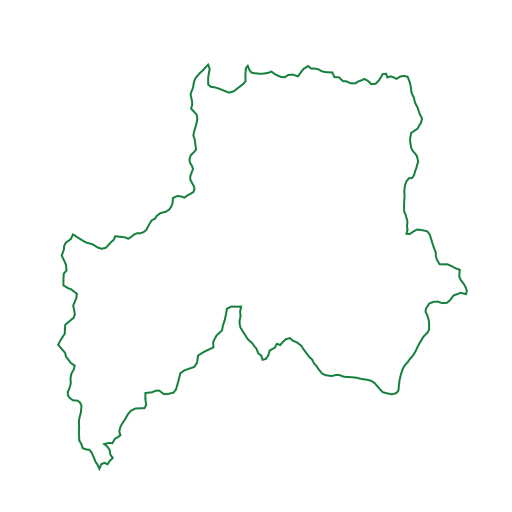 the district of Paraguaçu Paulista, São Paulo, Brazil, rotated 354°
{"feature_id": "56859067B14677610330321", "entity_name": "Paraguaçu Paulista", "entity_type": "district", "adm_level": 2, "iso_a3": "BRA", "parent_name": "Brazil", "parent_adm1": "São Paulo", "projection": "robinson", "projection_center": [-50.638, -22.465], "detail": "fine", "context": "isolated", "style": "outline", "palette": "green", "viewbox_px": 512, "rotation_deg": 354, "n_neighbors": 0, "source": "geoboundaries", "source_scale": "gbopen_adm2", "svg_char_len": 4819}
<svg xmlns="http://www.w3.org/2000/svg" viewBox="0 0 512 512"><g transform="rotate(354 256 256)"><path d="M429.0,249.4L426.0,248.3L422.0,247.2L418.9,246.5L415.5,247.9L411.1,250.2L407.9,249.6L409.5,245.7L409.2,241.7L410.2,238.3L409.8,234.7L409.1,230.4L408.0,227.4L408.3,223.3L409.2,216.5L410.1,211.5L410.2,207.1L411.5,201.6L413.2,197.8L416.2,194.6L419.3,194.8L421.5,192.4L423.2,188.1L424.8,185.0L425.8,182.0L427.2,179.2L426.5,173.4L424.6,170.2L422.9,167.9L421.7,164.7L421.3,160.3L421.4,155.9L423.2,149.8L427.4,147.6L429.9,146.3L431.9,143.5L434.1,140.6L435.5,136.5L433.6,131.6L432.2,125.4L430.1,119.9L429.6,115.3L427.7,109.7L427.6,103.5L427.0,98.9L425.5,93.6L421.9,92.4L418.5,92.5L414.3,94.5L411.3,92.6L408.6,91.4L405.4,92.2L404.3,88.3L400.8,88.5L398.4,92.0L396.4,94.4L393.0,97.2L388.6,97.1L386.2,94.1L382.6,91.3L378.9,92.4L375.6,93.2L373.0,94.7L368.0,94.1L364.1,91.7L360.8,91.2L357.1,86.9L352.7,86.3L351.0,81.4L345.2,80.6L341.1,79.4L337.6,76.9L333.9,75.7L330.3,75.3L327.7,72.5L322.7,75.0L319.4,78.5L316.5,81.7L311.4,79.4L306.8,79.4L303.3,81.2L299.7,80.6L296.4,78.8L293.9,77.2L290.6,74.2L286.9,75.2L283.1,75.4L279.9,75.3L277.2,74.8L273.3,74.0L270.5,73.0L268.9,70.3L267.7,66.0L265.6,68.1L264.4,74.2L263.9,80.9L261.3,83.6L258.8,85.1L255.2,87.3L250.8,90.0L246.3,90.7L241.9,88.5L236.7,85.7L232.5,83.9L229.0,83.1L226.4,80.6L226.7,76.7L227.2,73.1L228.3,69.1L229.5,65.2L228.4,60.7L225.2,63.4L222.9,65.6L219.2,68.3L216.2,71.0L213.7,73.8L212.0,78.0L211.2,81.5L209.5,84.8L207.8,88.3L208.2,91.8L208.5,95.1L208.5,98.3L206.9,102.7L209.2,105.7L211.7,109.2L212.1,112.7L211.2,116.3L210.1,119.4L208.6,123.0L207.2,126.4L206.3,129.9L207.3,133.8L207.4,139.5L207.5,143.9L204.7,146.6L201.6,149.0L199.9,153.0L200.1,156.4L201.6,159.4L202.5,162.8L200.6,166.5L198.9,169.9L198.7,173.4L200.0,176.7L201.3,179.6L201.9,182.9L200.6,185.7L197.2,187.4L194.0,188.6L190.9,190.5L188.4,189.2L184.4,188.1L179.5,189.6L178.4,195.2L176.8,198.2L174.3,200.9L171.5,202.4L165.1,203.5L161.3,205.9L159.5,208.3L156.1,209.6L153.6,212.7L151.6,215.6L149.4,218.8L146.5,220.6L143.3,221.3L140.2,220.9L137.0,221.9L134.2,223.8L130.7,225.5L128.3,224.0L124.4,223.0L118.1,221.6L116.4,224.8L112.7,227.6L107.6,232.1L103.3,232.7L99.5,231.0L94.7,227.3L88.4,224.8L85.1,222.4L82.1,220.1L79.1,217.7L76.2,215.4L73.8,219.6L68.2,223.0L66.2,226.0L65.7,229.3L62.8,235.3L64.8,240.8L66.1,245.0L66.1,250.6L63.0,253.4L62.1,258.7L61.4,265.1L65.9,268.5L68.5,269.7L73.9,274.8L73.0,278.9L70.7,283.1L69.0,286.3L69.4,290.0L69.8,294.9L68.1,298.5L65.2,300.3L59.1,304.5L58.2,309.3L57.7,313.3L52.7,319.4L50.0,323.6L53.0,328.1L56.0,332.3L56.5,336.2L58.3,339.1L60.7,343.1L64.2,346.0L63.1,349.5L60.2,353.6L58.8,358.0L58.4,363.5L56.8,367.8L54.6,371.6L54.4,375.0L56.0,377.8L58.9,380.4L63.4,381.2L65.6,383.2L66.8,386.7L65.5,393.2L63.6,398.2L62.7,401.2L62.1,408.9L61.4,412.7L61.3,416.7L60.9,420.9L62.7,424.9L63.5,429.0L67.1,430.7L70.1,431.3L72.2,434.8L73.8,440.0L75.0,444.1L76.5,446.9L78.0,451.3L80.3,446.9L83.6,445.9L86.6,447.6L88.9,444.7L92.4,441.9L90.4,438.3L90.2,433.8L88.2,429.9L85.4,427.2L89.8,426.5L93.6,427.2L96.5,423.1L99.6,421.7L102.4,420.1L101.7,416.2L103.3,411.7L105.0,409.3L109.0,404.3L112.1,399.9L115.4,396.8L120.0,395.1L122.9,395.2L129.1,395.7L131.3,392.6L131.0,386.9L131.7,380.7L138.0,380.7L142.4,379.5L145.6,379.7L150.0,383.8L154.2,384.0L159.7,383.2L162.4,380.5L164.8,374.7L168.5,364.7L172.9,362.2L183.2,359.8L186.2,355.9L188.0,349.0L192.9,346.5L197.7,344.6L204.1,342.5L204.4,337.0L208.5,330.8L212.3,328.1L214.5,326.3L215.7,322.1L218.4,316.0L219.9,311.3L221.6,305.4L226.3,303.7L232.2,304.5L235.9,304.7L234.4,309.6L234.3,314.4L232.8,319.0L232.7,322.2L233.0,325.4L235.2,330.0L239.2,338.0L243.2,342.4L244.9,345.6L246.6,347.9L248.2,353.2L250.8,355.6L251.7,359.9L255.0,359.4L258.0,355.9L259.6,351.5L265.1,349.2L267.6,345.5L270.8,347.1L273.3,344.6L277.0,341.9L281.3,341.2L283.6,344.0L287.7,346.2L291.8,350.2L293.2,353.2L295.1,356.4L298.3,361.8L301.0,364.9L302.4,368.7L304.5,371.6L306.4,375.1L309.3,379.6L312.4,381.7L318.5,383.3L323.0,382.7L325.8,382.9L331.2,385.4L337.0,386.3L342.7,387.4L349.1,389.6L354.0,390.8L358.0,392.4L361.0,395.2L364.8,400.8L367.7,404.6L371.5,406.1L376.6,407.8L381.2,407.0L383.6,404.7L384.6,399.6L385.7,394.7L387.8,388.8L389.7,384.4L391.4,381.7L393.6,379.3L395.8,377.5L398.1,374.6L400.5,372.6L402.6,370.3L405.1,366.9L407.2,363.2L409.9,359.4L414.1,353.7L416.5,351.7L418.9,349.8L420.5,347.0L420.8,343.6L421.2,339.6L420.8,336.0L420.0,332.5L418.8,329.1L419.5,326.1L423.3,321.4L427.6,320.2L432.0,320.3L436.1,322.3L441.0,322.5L444.4,320.2L448.4,315.9L452.7,314.8L455.6,314.0L460.8,315.9L462.0,312.9L461.5,309.8L459.8,305.6L457.2,301.5L456.0,297.8L456.5,294.6L457.2,291.0L453.7,289.4L450.2,287.0L445.6,284.3L440.9,283.8L437.7,283.4L435.5,278.5L434.9,274.8L435.2,271.5L434.2,267.8L433.0,263.0L432.3,259.3L431.1,253.1L429.0,249.4Z" fill="none" stroke="#15803d" stroke-width="2"/></g></svg>